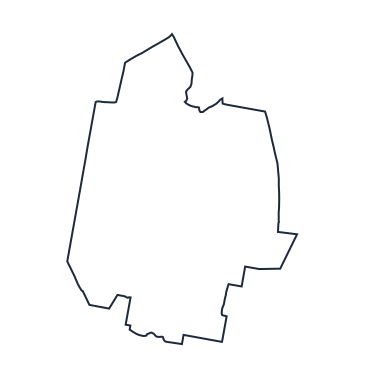 the district of Kaoh Andaet, Takêv, Cambodia, rotated 190°
{"feature_id": "14789045B5776655612798", "entity_name": "Kaoh Andaet", "entity_type": "district", "adm_level": 2, "iso_a3": "KHM", "parent_name": "Cambodia", "parent_adm1": "Takêv", "projection": "equal_earth", "projection_center": [104.923, 10.741], "detail": "fine", "context": "isolated", "style": "outline", "palette": "slate", "viewbox_px": 384, "rotation_deg": 190, "n_neighbors": 0, "source": "geoboundaries", "source_scale": "gbopen_adm2", "svg_char_len": 2118}
<svg xmlns="http://www.w3.org/2000/svg" viewBox="0 0 384 384"><g transform="rotate(190 192 192)"><path d="M136.5,49.6L136.4,50.5L136.3,75.6L140.9,76.0L141.7,77.6L142.0,80.4L142.0,82.9L141.1,87.2L141.1,90.2L141.1,92.9L140.8,96.1L140.9,99.7L140.6,102.4L140.3,105.5L139.9,107.6L126.7,107.6L126.7,127.8L112.5,127.8L91.8,131.8L81.2,168.6L100.4,167.6L101.5,176.4L101.2,177.2L101.8,179.6L102.2,182.2L102.9,185.7L103.6,192.0L104.8,199.7L106.0,206.1L107.6,213.2L108.9,220.6L110.9,227.9L112.7,234.7L114.6,239.1L117.2,245.0L119.2,250.0L122.6,257.8L126.3,267.2L130.8,277.5L134.0,283.9L164.3,284.0L168.4,284.0L174.7,284.1L177.2,284.4L177.9,287.4L178.2,288.5L178.3,289.4L180.1,287.9L181.7,285.3L183.9,282.7L185.9,281.0L187.7,279.5L190.2,278.0L191.6,276.4L193.4,274.7L195.2,272.7L197.6,272.2L198.9,273.6L199.8,276.4L201.2,276.5L202.9,276.2L204.9,276.4L206.2,276.4L208.4,276.7L210.6,277.3L212.8,278.2L214.7,279.5L213.4,281.0L212.9,283.3L214.1,286.2L215.3,289.6L214.4,291.9L211.9,295.1L211.3,298.6L211.8,303.2L211.8,306.7L212.2,309.7L216.3,315.1L224.4,324.8L231.0,333.2L237.0,341.7L239.2,344.0L239.9,342.7L241.1,341.0L242.6,339.6L244.9,337.5L248.1,334.9L251.6,331.9L255.6,328.7L260.2,324.7L265.3,320.2L269.8,316.9L275.2,312.4L280.3,307.8L280.4,304.1L280.5,297.9L280.9,292.0L281.2,285.0L281.6,277.1L281.9,271.3L282.4,267.4L283.1,267.1L284.1,266.6L285.9,266.4L287.8,266.1L290.6,265.8L293.1,265.4L295.5,265.2L299.1,265.1L301.4,264.6L302.5,263.8L302.7,218.7L302.6,205.8L302.6,193.0L302.6,176.4L302.6,174.8L302.7,141.1L302.8,102.0L293.1,88.7L290.6,84.8L288.5,81.6L286.2,78.7L283.6,75.8L282.4,75.5L273.4,63.0L253.4,62.8L247.5,77.7L240.0,77.6L238.9,77.2L238.2,76.9L236.8,76.7L235.7,77.4L234.2,77.5L234.3,49.8L229.5,49.8L229.5,45.6L228.4,45.2L226.7,44.4L224.4,43.5L221.7,42.5L219.2,42.0L216.3,41.8L214.3,41.8L212.0,42.7L211.4,44.4L209.7,45.2L208.7,46.1L207.3,46.5L206.4,46.1L205.4,45.9L204.7,45.5L203.1,44.2L202.0,43.5L200.8,43.4L199.0,43.6L197.9,43.9L196.5,44.3L195.3,44.0L194.9,42.9L194.3,42.0L193.5,41.0L192.7,40.3L190.9,40.0L189.6,40.1L188.7,40.1L175.5,40.5L175.5,49.8L136.5,49.6Z" fill="none" stroke="#1e293b" stroke-width="2"/></g></svg>